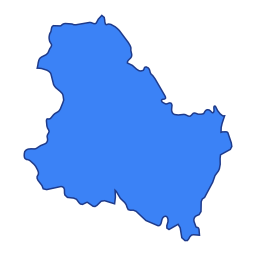 the border of Yonne
{"feature_id": "FRA-5356", "entity_name": "Yonne", "entity_type": "Metropolitan department", "adm_level": 1, "iso_a3": "FRA", "parent_name": "France", "parent_adm1": "", "projection": "mercator", "projection_center": [3.524, 47.862], "detail": "fine", "context": "isolated", "style": "filled", "palette": "blue", "viewbox_px": 256, "rotation_deg": 0, "n_neighbors": 0, "source": "natural_earth", "source_scale": "10m", "svg_char_len": 3496}
<svg xmlns="http://www.w3.org/2000/svg" viewBox="0 0 256 256"><path d="M82.5,204.4L80.4,204.0L79.1,202.8L76.5,199.3L73.7,198.1L67.4,197.4L64.9,195.0L64.5,193.2L64.4,189.3L63.7,187.7L62.5,186.8L61.0,186.5L46.7,189.6L43.2,188.8L42.0,185.6L38.0,180.3L37.1,178.3L37.1,176.6L38.4,174.2L38.4,172.2L37.6,170.0L35.7,166.4L34.2,164.5L30.3,160.9L29.1,160.1L27.7,159.6L26.5,159.5L25.0,158.5L24.4,157.2L24.2,155.6L24.3,153.7L24.7,151.7L24.9,151.4L25.8,150.3L26.9,149.6L28.2,149.1L31.1,148.8L33.7,148.9L34.9,148.9L36.2,148.5L40.6,145.6L45.0,143.8L46.4,142.9L47.4,141.1L47.6,139.5L47.4,138.1L47.1,136.6L47.3,135.4L47.7,134.4L48.4,133.3L49.1,131.6L48.8,130.3L47.5,128.0L46.9,126.0L46.4,120.8L46.7,119.3L47.3,118.9L49.2,119.0L50.4,118.5L51.4,117.4L53.6,114.7L55.0,113.5L57.9,111.8L59.1,110.8L60.3,109.0L62.9,102.6L63.7,100.1L63.2,96.5L62.9,95.0L62.3,93.6L60.1,91.3L55.9,87.8L54.7,86.4L53.6,84.6L51.1,74.6L50.6,73.2L49.6,72.0L48.5,71.1L46.7,70.1L41.5,68.5L39.0,68.2L37.2,68.2L37.8,65.4L38.2,62.8L38.8,60.4L39.3,59.2L40.2,58.0L41.7,56.9L46.1,54.7L47.8,53.1L48.5,51.7L49.7,48.9L49.8,48.7L50.7,47.4L51.3,46.3L51.6,45.0L51.1,43.7L50.3,42.5L49.6,41.1L49.3,39.7L49.1,38.3L49.1,36.9L49.3,35.6L49.6,34.2L50.1,33.0L50.8,31.8L51.1,30.6L51.4,28.8L51.8,27.2L52.4,26.4L53.3,25.7L60.1,25.9L61.0,25.7L62.1,24.7L62.8,24.2L64.0,23.7L65.4,23.5L72.1,24.0L73.7,24.7L75.8,24.8L89.8,22.4L91.1,22.6L93.7,23.6L95.1,23.7L96.2,23.1L98.3,19.2L101.8,15.4L104.2,17.4L104.7,20.1L104.8,21.9L105.4,24.0L106.2,24.7L108.6,24.0L110.9,24.4L115.2,26.8L117.5,28.7L119.3,30.5L128.2,42.4L129.9,45.2L130.8,47.3L130.9,48.6L130.8,50.2L131.0,51.2L131.7,54.3L131.7,55.6L131.4,56.8L130.6,58.0L128.2,60.4L127.5,61.6L127.4,63.0L132.4,65.4L136.6,69.2L139.0,70.7L140.9,71.0L143.3,70.3L143.9,69.4L144.2,68.2L144.8,67.3L146.1,66.9L148.2,67.9L149.3,69.3L149.8,70.8L150.2,72.4L150.9,73.9L152.8,75.7L155.1,78.9L164.9,95.8L165.5,97.2L165.5,98.3L164.6,99.0L162.3,99.4L161.6,100.1L161.5,100.6L161.8,101.6L162.7,102.4L165.5,103.9L166.8,103.9L169.4,102.9L170.9,103.1L171.6,104.0L172.0,105.2L171.6,109.4L171.7,111.0L172.4,112.8L173.4,113.9L174.6,114.5L178.3,115.0L183.6,114.4L184.7,114.5L185.5,114.7L187.7,115.8L188.9,116.2L190.1,116.2L191.2,115.4L193.1,113.4L194.2,113.0L195.5,113.2L198.2,114.2L201.1,114.2L202.4,114.0L203.6,113.6L204.3,112.6L204.9,111.5L205.8,110.4L207.1,109.7L209.0,109.9L210.4,110.9L211.8,112.4L212.8,112.8L213.6,112.2L214.0,111.1L214.0,109.8L213.9,108.6L213.9,107.3L214.1,106.4L214.9,106.0L215.7,106.8L217.6,110.6L220.0,113.7L221.7,115.1L222.9,115.9L224.6,115.8L222.1,123.4L221.2,127.4L221.0,132.3L222.2,131.9L226.1,131.8L227.2,132.1L227.9,132.8L231.3,142.9L231.8,146.5L230.3,149.4L220.5,154.8L220.1,158.5L220.2,164.3L219.4,168.7L218.5,170.8L215.0,175.6L212.7,182.2L204.6,197.4L202.3,199.0L201.2,201.6L201.0,211.5L199.1,214.6L196.5,215.7L195.2,216.6L194.3,217.9L193.8,219.8L194.1,221.7L196.0,226.9L196.7,227.3L197.5,227.4L198.4,228.0L199.0,229.4L199.5,235.2L193.4,234.7L191.5,235.1L189.8,236.8L188.7,238.9L187.4,240.5L185.0,240.6L181.8,237.7L180.2,227.8L178.1,224.3L169.0,229.5L166.9,228.1L166.8,225.7L168.0,221.7L168.0,219.4L167.4,217.5L166.5,216.5L165.3,216.2L163.9,216.7L162.7,217.9L162.0,219.5L161.1,223.2L160.3,224.8L159.2,225.6L158.0,225.7L145.9,220.5L136.1,211.3L133.4,210.2L130.3,210.2L128.2,209.6L127.1,207.4L126.2,204.7L124.7,202.5L120.4,198.4L116.3,191.5L115.1,190.3L115.4,197.1L114.6,203.8L104.6,200.7L101.2,201.2L96.9,205.4L95.0,206.5L93.1,206.3L87.4,202.3L86.6,202.4L82.5,204.4Z" fill="#3b82f6" stroke="#1e3a8a" stroke-width="1.5"/></svg>